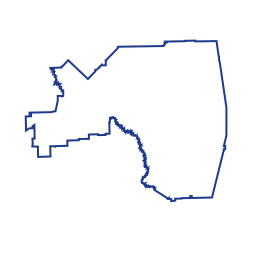 outline of Hay, New South Wales, Australia, rotated 261°
{"feature_id": "25037944B78300731498703", "entity_name": "Hay", "entity_type": "district", "adm_level": 2, "iso_a3": "AUS", "parent_name": "Australia", "parent_adm1": "New South Wales", "projection": "mercator", "projection_center": [144.56, -34.157], "detail": "fine", "context": "isolated", "style": "outline", "palette": "blue", "viewbox_px": 256, "rotation_deg": 261, "n_neighbors": 0, "source": "geoboundaries", "source_scale": "gbopen_adm2", "svg_char_len": 5875}
<svg xmlns="http://www.w3.org/2000/svg" viewBox="0 0 256 256"><g transform="rotate(261 128 128)"><path d="M51.6,156.7L51.2,159.6L49.0,159.3L48.9,163.3L50.8,163.6L49.9,170.0L50.3,170.1L49.1,178.4L51.0,178.7L50.8,180.3L48.9,180.1L46.2,200.1L90.9,219.0L91.2,218.1L91.0,219.4L92.4,219.6L92.2,220.8L95.1,221.2L95.3,219.9L105.1,224.0L132.7,228.4L176.0,228.9L179.9,228.8L180.2,228.5L184.5,229.1L184.8,228.8L200.0,229.0L203.0,208.0L203.8,208.1L205.2,198.0L204.8,197.9L207.5,178.5L207.0,178.8L206.8,178.1L206.4,178.6L206.4,177.6L205.9,177.4L204.7,177.5L204.5,176.4L203.4,176.0L209.8,131.0L209.6,130.5L208.5,130.4L198.5,117.1L198.0,117.0L198.1,116.5L193.4,115.9L193.9,112.1L194.7,112.0L192.7,109.3L192.1,109.2L192.2,108.7L190.4,106.2L190.6,104.8L189.1,104.6L182.7,96.1L204.3,79.5L198.9,72.6L199.0,71.8L198.1,71.6L199.5,60.7L199.1,60.7L199.1,61.1L198.2,61.1L198.2,61.7L197.5,62.0L197.3,62.9L197.6,63.1L197.0,63.4L197.1,63.8L196.5,63.9L196.3,63.4L195.7,63.1L195.4,63.5L195.2,62.6L195.0,63.1L194.3,62.9L194.1,63.6L192.8,62.9L192.9,63.3L191.8,63.6L191.8,64.1L190.8,64.7L190.4,64.6L190.7,63.9L190.0,63.9L190.0,64.4L189.7,64.0L189.5,64.4L189.0,64.2L187.8,64.8L186.9,64.5L187.0,64.9L186.4,64.9L186.4,64.5L185.7,64.4L186.0,64.1L184.8,63.6L185.0,62.9L183.8,62.6L183.8,63.0L183.5,62.8L183.7,63.2L183.3,63.1L183.9,63.9L183.4,64.0L183.5,64.7L183.1,64.7L183.5,65.0L183.0,65.5L183.3,65.8L182.9,65.8L183.2,66.3L182.4,66.3L182.3,65.9L182.2,66.5L181.9,66.4L182.2,66.7L181.8,66.5L181.9,66.9L181.5,66.7L181.5,67.0L181.1,66.3L181.2,66.9L179.1,66.7L179.2,67.2L178.8,67.2L178.8,67.5L178.4,67.0L178.6,66.9L178.0,67.0L178.2,67.3L177.4,67.6L177.4,68.2L176.5,68.3L176.5,68.9L176.3,68.2L174.9,68.3L175.1,68.8L174.8,69.0L175.1,69.5L174.3,69.5L174.3,69.8L169.8,69.0L169.5,67.7L170.1,67.1L170.6,63.6L166.0,62.9L155.8,59.0L156.1,57.2L155.6,55.1L158.6,33.1L156.9,32.9L156.7,34.4L154.7,34.1L155.4,28.8L141.4,26.9L143.1,30.1L142.7,33.5L144.7,33.9L145.7,36.0L132.1,34.1L132.5,32.0L127.2,31.4L124.7,30.6L123.7,36.1L113.5,34.7L112.0,47.0L122.1,48.3L121.5,52.6L120.9,53.1L121.4,53.7L119.9,65.4L125.1,66.1L123.6,77.5L124.8,77.7L123.4,87.7L127.7,88.3L126.5,97.4L125.7,97.3L124.6,104.7L125.8,104.9L125.3,108.9L136.5,110.4L136.4,110.9L140.9,111.8L141.0,113.0L140.3,113.1L140.7,113.5L140.5,114.2L140.9,114.2L141.0,114.9L140.5,114.8L140.2,115.8L139.9,115.4L139.7,116.2L139.3,115.8L139.6,116.3L139.2,116.9L139.5,117.1L138.9,116.9L138.6,117.2L138.6,116.6L137.7,117.1L137.0,116.6L136.7,116.9L136.8,116.4L136.5,116.3L135.3,116.8L135.4,117.2L134.6,117.0L134.7,117.4L134.1,117.3L134.1,117.6L133.8,117.4L133.8,117.8L133.5,117.7L133.3,118.1L133.5,118.6L133.0,118.5L133.3,118.9L132.8,119.0L132.6,119.5L132.1,119.3L132.0,119.7L131.5,119.6L131.6,120.1L131.2,120.1L131.5,120.6L131.1,120.6L131.4,121.2L130.9,121.1L130.9,121.9L130.6,121.6L130.4,122.0L129.7,121.7L129.4,122.0L129.2,121.6L129.1,122.1L128.5,122.0L128.9,122.6L128.3,123.2L128.7,123.5L128.1,123.4L128.3,123.8L127.8,123.6L127.5,124.1L127.1,123.7L127.3,124.4L126.7,123.8L126.4,124.0L126.5,123.6L126.1,123.9L125.8,123.5L125.5,124.2L125.0,124.2L125.3,125.5L124.8,125.2L124.8,125.7L124.4,125.6L124.8,126.0L124.4,126.3L124.9,126.7L124.2,127.1L124.2,127.7L123.9,127.7L124.2,128.0L123.9,128.5L124.7,128.4L124.2,128.9L124.4,129.4L124.0,129.6L124.4,129.9L123.7,129.9L124.0,130.4L123.1,130.1L123.4,130.7L123.0,130.5L122.6,131.4L122.3,131.0L122.2,131.6L121.9,131.3L122.0,131.8L121.5,131.4L121.3,131.7L121.3,131.3L121.0,131.8L120.7,131.5L120.6,132.1L120.3,132.1L120.6,132.5L119.8,132.9L119.9,133.9L119.3,134.4L119.1,134.0L118.7,135.1L118.4,135.0L118.7,135.3L118.2,135.2L118.5,135.4L118.1,135.7L117.7,135.5L117.4,135.9L116.9,135.8L117.0,135.5L116.6,135.9L116.4,135.7L116.4,136.1L115.9,136.1L115.9,136.5L115.5,136.2L115.3,136.7L115.5,136.8L114.9,136.7L114.7,137.2L113.3,136.4L113.5,136.9L113.1,137.2L113.4,137.2L113.0,137.4L112.7,137.4L112.7,136.7L112.2,137.1L111.7,136.4L111.3,136.7L110.8,136.5L110.8,136.9L110.4,136.5L110.0,136.8L110.3,137.2L109.8,137.7L109.3,137.5L109.3,138.0L108.9,137.5L108.6,137.9L108.6,137.3L108.1,137.4L108.0,137.0L107.7,137.1L107.7,136.7L107.5,137.1L107.2,136.7L107.2,137.2L106.6,137.4L106.4,136.9L105.2,136.5L104.8,136.8L104.8,137.4L104.5,137.3L104.9,138.0L103.1,138.1L103.5,138.5L103.1,139.0L103.6,139.0L103.1,139.5L102.4,138.9L101.9,139.1L102.2,139.5L101.5,139.9L101.1,139.3L100.3,139.6L100.2,139.2L100.1,139.8L99.9,139.7L100.2,140.0L99.7,140.2L99.3,139.8L99.3,140.2L98.9,139.9L98.5,140.3L98.5,139.9L98.2,140.1L97.5,139.3L97.3,139.8L96.7,139.6L96.9,140.3L96.3,140.6L96.0,139.9L95.3,139.5L94.6,139.5L94.5,140.2L94.1,140.2L94.2,140.5L93.7,140.3L93.3,138.6L92.9,139.0L91.9,138.5L92.2,138.9L91.9,139.3L92.2,139.9L91.5,139.7L91.1,140.1L90.6,139.3L90.9,139.0L90.7,138.8L89.9,139.0L90.0,139.4L89.3,139.3L89.3,138.7L88.0,138.3L87.8,138.9L86.9,138.7L86.8,139.4L87.3,139.9L86.6,139.8L86.2,140.0L86.4,140.3L85.7,140.3L85.7,140.7L85.3,140.6L85.5,141.3L85.0,140.9L84.8,141.3L84.6,140.9L84.5,141.3L83.6,141.5L82.6,140.8L81.9,140.9L81.7,140.3L81.4,140.7L80.8,140.0L80.5,140.2L80.4,139.5L80.0,139.6L79.9,138.8L79.6,138.9L79.7,138.6L79.0,138.1L78.9,138.5L78.4,138.3L78.7,137.7L78.4,137.3L78.1,137.2L78.0,137.6L77.8,137.0L77.0,137.1L77.1,136.5L77.4,136.5L77.1,136.1L77.4,135.3L76.7,135.0L76.7,134.7L76.1,134.6L76.0,135.1L75.6,134.4L74.9,134.5L74.2,134.0L74.3,133.4L72.7,133.0L72.4,132.3L72.4,132.7L71.5,133.3L70.7,134.6L71.1,134.9L70.5,135.5L70.6,136.0L70.3,135.7L69.7,136.2L69.7,135.6L69.3,135.9L69.2,135.4L68.7,135.7L68.9,136.0L68.2,135.9L68.2,136.3L67.7,136.3L67.6,136.8L67.0,136.8L67.5,137.5L67.0,138.1L67.3,138.3L67.1,138.6L67.5,138.5L66.9,139.2L67.5,139.4L66.8,139.9L67.1,140.7L66.3,140.9L66.6,142.9L66.4,143.6L65.8,143.8L66.0,144.1L65.6,144.2L65.8,144.5L65.4,144.9L65.2,144.5L64.9,145.0L64.7,144.4L63.9,144.7L63.8,144.3L63.2,144.8L63.0,144.4L62.6,144.5L53.0,155.4L52.4,155.6L52.4,156.1L52.0,156.5L52.3,157.0L51.6,156.7Z" fill="none" stroke="#1e3a8a" stroke-width="2"/></g></svg>